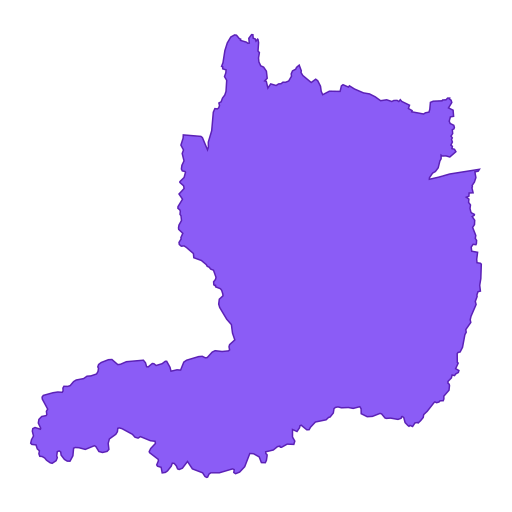 the district of Kota Sukabumi, Jawa Barat, Indonesia
{"feature_id": "22746128B82825120895999", "entity_name": "Kota Sukabumi", "entity_type": "district", "adm_level": 2, "iso_a3": "IDN", "parent_name": "Indonesia", "parent_adm1": "Jawa Barat", "projection": "mercator", "projection_center": [106.928, -6.936], "detail": "fine", "context": "isolated", "style": "filled", "palette": "violet", "viewbox_px": 512, "rotation_deg": 0, "n_neighbors": 0, "source": "geoboundaries", "source_scale": "gbopen_adm2", "svg_char_len": 5986}
<svg xmlns="http://www.w3.org/2000/svg" viewBox="0 0 512 512"><path d="M255.2,38.9L253.2,38.2L252.9,34.7L251.6,34.6L248.8,38.3L249.3,43.1L247.8,43.3L246.5,42.2L240.5,40.4L240.7,39.2L239.3,38.6L236.5,35.2L234.6,34.9L230.8,37.0L227.3,42.9L224.9,50.5L223.0,62.6L221.6,66.4L222.7,66.8L222.7,68.8L226.1,69.9L225.8,72.9L224.5,76.6L226.7,80.3L226.0,91.4L224.8,95.0L222.5,98.1L221.1,101.8L218.9,103.0L219.5,105.6L218.6,108.0L217.3,108.9L214.9,108.6L213.3,112.2L211.7,130.7L208.3,142.1L208.4,147.0L207.5,149.8L202.4,137.6L200.9,136.4L183.3,134.9L183.1,138.2L180.9,145.1L183.5,150.0L182.2,153.5L184.0,160.9L181.9,165.3L181.4,169.0L182.3,170.9L185.0,171.5L185.5,172.2L184.1,177.5L179.9,181.6L179.9,182.5L183.6,185.8L184.1,188.5L179.0,194.0L182.5,199.2L178.0,206.6L177.9,208.3L179.9,210.0L180.3,211.4L180.0,214.3L181.0,215.8L181.5,220.5L179.0,225.0L178.5,227.8L178.7,229.4L182.8,233.3L180.9,237.6L181.1,239.0L179.0,242.4L179.3,244.5L181.3,246.2L184.0,245.9L186.2,247.3L193.4,253.5L193.8,257.7L201.4,260.5L206.3,264.6L207.2,266.3L209.2,267.2L210.7,269.1L213.5,270.2L216.0,277.3L215.5,279.4L213.6,281.8L213.8,284.7L214.4,285.4L215.5,285.3L215.7,286.9L220.4,288.7L221.7,290.4L222.8,294.0L223.0,295.8L219.3,299.2L218.7,304.1L219.7,307.5L226.7,319.2L231.4,324.6L232.5,333.1L234.8,339.9L229.6,344.6L229.0,346.8L229.6,349.9L228.4,350.9L222.1,351.5L215.1,350.7L212.2,352.1L207.2,357.6L205.3,357.8L202.2,356.3L198.6,356.6L186.6,360.2L183.8,362.1L180.6,370.1L177.0,369.8L171.0,371.2L170.0,367.3L166.7,361.3L165.3,361.3L162.1,363.7L156.1,365.5L153.9,363.7L152.3,363.5L148.2,366.9L146.6,366.7L145.5,362.8L143.4,360.2L126.4,361.7L120.4,364.3L117.8,364.6L111.9,359.5L108.4,359.7L101.2,362.5L98.6,364.5L97.8,366.9L98.5,368.3L98.0,371.5L96.5,374.0L90.9,375.9L87.0,376.2L83.6,378.6L76.2,380.0L73.6,381.6L70.2,385.6L67.8,386.4L63.9,386.3L62.9,388.1L63.1,390.8L62.2,392.3L57.8,392.0L53.1,392.7L43.3,395.4L42.1,397.1L42.3,399.1L47.7,409.1L46.4,411.3L46.8,414.6L46.1,415.6L41.7,416.5L38.9,419.4L38.3,423.0L40.7,428.2L40.4,429.2L35.0,427.5L32.8,428.6L32.3,431.1L33.5,436.0L31.5,439.7L30.7,443.2L31.8,444.4L36.0,444.9L37.3,448.9L39.4,450.8L38.9,453.8L39.8,456.3L42.1,456.5L44.7,458.0L46.5,460.2L50.2,462.8L52.2,463.3L56.1,460.7L57.3,457.7L56.7,455.8L57.3,451.6L59.2,450.9L60.7,452.0L61.1,455.1L64.4,459.4L67.2,461.1L70.0,461.2L72.9,455.8L73.6,448.2L75.2,447.5L78.9,447.7L85.3,449.4L94.4,445.7L95.9,446.6L98.9,451.5L102.5,452.5L107.1,451.4L108.9,449.4L108.2,443.3L109.4,438.9L115.8,434.3L117.4,431.7L117.8,428.3L119.4,427.9L122.1,428.7L132.4,434.3L135.0,437.2L138.1,438.1L140.4,436.6L150.4,440.7L155.1,441.3L155.4,443.5L150.7,448.5L149.2,451.6L149.6,452.7L158.2,459.3L158.4,460.8L156.7,464.9L157.5,466.2L161.1,467.3L162.2,472.9L165.4,472.4L167.5,470.9L171.2,466.2L172.3,463.2L174.2,463.4L176.3,465.8L177.6,468.9L179.2,469.5L182.4,468.2L187.5,461.5L192.4,468.9L202.6,472.8L205.0,476.5L206.7,477.4L207.6,477.1L209.0,474.1L210.8,472.8L219.3,472.8L232.5,468.9L234.2,469.6L233.8,472.5L235.6,473.7L239.6,472.1L244.7,466.7L249.8,453.5L253.5,453.7L259.2,456.9L261.4,462.6L265.3,462.7L266.4,460.4L267.1,455.6L267.0,454.6L265.8,453.5L265.7,451.8L273.3,450.0L277.5,446.6L279.8,446.1L280.3,447.2L281.5,447.3L287.2,444.1L293.8,444.4L294.8,441.1L292.5,437.0L292.5,429.5L297.0,431.5L299.5,427.8L300.0,425.7L301.2,425.2L306.8,429.8L309.1,429.7L310.6,427.1L315.4,422.0L326.1,419.8L328.6,417.4L330.1,417.0L333.3,413.0L334.0,408.6L335.5,407.4L338.0,406.9L341.4,407.8L348.4,407.5L353.2,408.4L359.8,406.7L361.1,408.8L361.2,413.7L367.2,416.7L372.4,416.4L380.0,413.4L381.6,413.9L385.0,418.0L386.4,418.4L390.5,418.1L398.0,419.4L401.1,418.3L401.7,416.6L402.4,416.5L403.8,417.7L405.1,422.6L407.9,425.5L409.0,426.3L410.0,425.4L412.6,426.5L415.0,422.9L417.5,422.5L418.1,423.0L420.6,420.7L423.2,417.5L423.7,414.6L427.2,411.3L434.2,402.4L434.9,401.9L436.6,402.7L439.0,402.0L440.1,400.8L443.2,400.7L443.9,398.9L443.8,396.2L449.0,390.2L449.5,385.6L449.2,384.2L448.0,383.2L448.0,381.4L451.4,377.9L452.1,375.0L454.5,375.6L455.9,373.8L458.3,372.5L458.9,370.5L455.6,368.7L458.2,363.1L457.3,362.3L457.2,353.6L458.1,352.4L460.1,352.0L462.5,347.4L464.9,334.6L466.2,332.3L465.8,329.6L470.8,322.4L470.2,319.8L471.0,316.3L476.1,304.5L475.3,301.4L477.1,296.6L476.9,294.9L478.0,291.7L480.4,291.1L479.7,285.3L480.8,278.7L481.3,264.2L480.5,263.3L477.0,262.7L476.7,259.3L477.6,252.3L471.7,251.2L471.2,247.1L473.1,244.3L475.9,244.7L476.4,243.6L476.6,240.4L475.3,238.4L475.8,235.5L472.6,227.4L474.5,224.6L474.7,220.3L472.2,216.6L474.2,215.3L474.4,214.4L471.4,212.8L470.8,211.8L470.0,208.4L470.5,205.0L468.6,202.4L468.9,199.1L466.3,197.2L468.9,196.2L469.1,193.0L473.1,192.8L471.9,187.7L472.4,186.9L472.1,185.5L474.4,182.1L475.9,177.6L474.9,171.9L478.2,171.2L479.4,169.3L449.7,174.0L438.9,177.1L429.3,179.3L429.3,179.1L429.5,177.6L432.6,173.1L435.4,171.5L438.2,167.8L439.9,160.9L441.1,158.8L441.1,155.2L442.1,156.0L446.0,155.9L449.8,157.0L455.9,151.7L454.5,149.3L451.9,148.6L452.4,146.3L450.9,145.1L452.4,142.0L451.5,139.4L452.3,137.9L451.0,136.1L452.7,133.5L452.3,129.7L453.9,128.9L454.4,127.5L453.8,125.3L450.2,123.5L449.2,121.2L450.4,116.9L453.6,116.3L453.1,110.2L448.5,107.9L451.8,102.5L451.1,100.2L449.5,99.1L449.7,98.1L447.6,98.1L446.0,99.8L442.6,100.0L442.1,100.8L433.2,101.2L430.4,102.4L429.8,109.3L429.0,112.1L425.4,112.8L423.6,114.0L411.7,111.8L412.1,110.6L408.4,108.5L409.5,105.2L401.7,101.4L400.3,99.7L398.8,101.5L397.1,100.4L393.8,100.5L391.8,101.5L386.7,99.8L380.6,100.7L375.2,96.8L369.5,93.9L363.5,92.9L354.5,89.0L349.4,85.8L348.5,87.1L343.0,84.7L341.4,85.9L340.1,91.4L329.4,91.2L322.7,94.7L321.2,91.3L320.5,86.2L317.7,80.7L315.7,79.2L311.2,82.5L302.8,75.5L301.0,72.5L301.3,70.8L299.2,65.1L296.5,67.4L295.7,69.2L292.5,70.9L291.2,73.9L291.5,76.2L288.7,81.0L285.5,82.3L282.9,82.2L281.1,83.7L278.6,83.9L276.1,85.5L270.7,83.9L267.9,88.1L266.3,81.4L264.7,80.9L267.2,78.3L266.4,71.2L263.6,67.1L260.7,65.8L258.9,61.9L258.5,58.0L259.4,52.6L258.0,51.0L258.6,42.7L258.0,39.5L257.6,39.1L256.0,41.1L255.2,38.9Z" fill="#8b5cf6" stroke="#5b21b6" stroke-width="1.5"/></svg>